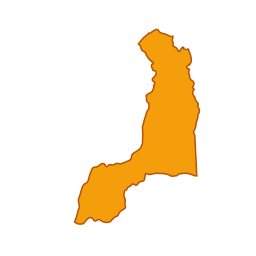 outline of Gadette, Dennery, Saint Lucia, rotated 155°
{"feature_id": "8701671B91623550198243", "entity_name": "Gadette", "entity_type": "district", "adm_level": 2, "iso_a3": "LCA", "parent_name": "Saint Lucia", "parent_adm1": "Dennery", "projection": "albers", "projection_center": [-60.911, 13.957], "detail": "fine", "context": "isolated", "style": "filled", "palette": "amber", "viewbox_px": 256, "rotation_deg": 155, "n_neighbors": 0, "source": "geoboundaries", "source_scale": "gbopen_adm2", "svg_char_len": 5542}
<svg xmlns="http://www.w3.org/2000/svg" viewBox="0 0 256 256"><g transform="rotate(155 128 128)"><path d="M44.4,159.9L43.6,160.6L42.7,161.3L42.0,162.8L41.3,164.4L40.9,166.2L40.6,167.3L40.3,168.9L40.3,170.0L40.4,171.4L40.4,172.5L39.9,173.0L39.8,173.6L40.0,174.0L40.5,174.3L41.3,174.2L41.5,174.2L41.8,174.3L44.0,176.1L44.1,176.4L44.1,176.6L43.6,177.2L43.5,177.4L43.6,177.7L43.8,177.9L44.0,178.0L44.6,178.1L44.8,178.1L45.5,177.7L46.2,177.4L46.4,177.3L46.7,177.1L47.1,176.8L47.5,176.5L47.9,176.2L48.2,176.0L48.4,176.0L48.9,175.8L49.2,175.8L49.6,176.1L49.6,176.3L49.6,176.6L49.9,178.1L50.0,178.5L50.2,179.3L50.2,179.9L50.4,180.4L51.2,181.5L51.7,182.3L51.9,182.5L52.0,182.7L52.2,183.1L52.3,183.4L52.3,183.9L52.2,184.1L51.8,184.7L51.6,184.9L51.5,185.2L51.4,185.5L51.1,186.1L51.0,186.3L50.9,186.6L51.0,186.8L51.1,187.3L51.1,187.6L51.0,187.9L50.7,189.0L50.1,189.8L49.9,190.1L49.4,190.5L49.0,191.3L48.8,191.6L48.6,192.2L48.9,192.2L49.4,192.4L49.6,192.5L49.9,192.5L50.1,192.6L50.4,192.8L50.6,192.9L51.0,193.3L52.0,194.3L52.2,194.7L52.4,195.1L52.7,195.5L53.1,195.9L53.9,196.7L54.3,197.1L54.7,197.4L55.5,198.2L56.7,199.2L57.2,199.7L57.9,200.4L58.1,200.6L58.3,200.8L58.5,201.0L58.7,201.4L58.9,202.1L59.1,203.1L59.3,204.1L59.5,204.5L59.9,205.0L60.1,205.2L60.5,205.3L61.0,205.4L61.6,205.4L62.3,205.4L62.7,205.3L64.7,205.2L65.5,205.2L66.2,204.7L66.4,204.6L67.0,204.5L67.4,204.5L67.7,204.5L68.1,204.7L68.4,204.9L69.0,205.3L69.2,205.2L69.5,205.0L70.0,204.7L70.4,204.6L70.8,204.5L71.3,204.4L72.7,204.1L74.3,203.7L75.9,203.2L76.7,202.9L77.9,202.3L79.3,201.6L80.8,200.9L81.4,200.6L83.1,199.7L82.8,199.3L82.7,198.6L82.2,197.5L82.1,197.2L82.1,196.7L82.1,196.4L82.3,195.9L82.5,195.0L82.5,194.3L82.6,193.7L82.6,193.0L82.4,192.2L81.7,191.0L80.9,190.1L80.7,189.8L80.5,189.5L80.5,189.2L80.5,187.9L80.5,187.1L80.5,186.6L80.5,185.8L80.4,184.9L80.3,184.1L80.2,183.5L80.0,182.6L79.7,181.0L79.4,180.2L78.7,179.4L78.5,179.2L78.4,179.0L78.4,178.9L78.6,178.4L78.6,178.1L78.2,177.8L77.9,177.6L77.7,177.4L77.6,177.1L77.5,176.7L77.6,176.4L77.7,176.1L77.9,175.8L78.1,175.7L79.0,175.6L79.5,175.5L79.9,175.2L80.1,175.0L80.8,173.7L81.0,173.3L80.7,171.8L80.7,171.4L81.0,170.6L81.0,169.6L80.8,169.3L80.6,169.1L79.8,168.8L79.0,168.0L78.9,167.1L79.3,165.4L80.0,164.9L80.6,164.4L81.1,164.1L82.1,163.5L83.5,162.9L84.9,162.5L85.3,161.9L85.8,161.0L85.4,159.7L85.2,159.3L84.8,158.6L84.5,157.6L84.9,156.9L85.2,156.6L85.9,156.1L86.8,155.7L87.0,155.6L87.2,154.5L87.2,154.3L88.2,153.0L90.3,151.1L92.6,150.4L93.2,150.4L96.4,150.4L97.4,149.8L98.1,149.5L98.2,148.3L98.7,147.1L99.1,146.2L99.6,145.1L99.6,143.5L99.1,142.4L98.8,141.4L99.0,140.7L99.6,139.2L100.0,138.3L100.4,137.7L101.0,137.0L101.3,136.6L102.1,136.1L103.6,135.0L104.0,134.8L105.6,133.1L110.8,127.2L111.9,125.8L114.4,123.0L115.5,120.4L116.9,116.9L117.4,115.9L121.2,108.2L125.1,104.4L128.4,103.6L131.3,103.1L133.2,103.0L135.9,102.0L138.1,99.0L138.8,98.3L141.3,98.1L145.2,98.2L149.6,98.5L151.1,99.3L152.2,100.3L153.9,100.8L155.8,100.8L157.3,100.9L157.9,101.1L159.8,102.5L160.7,102.7L163.0,101.9L164.1,102.3L164.3,102.9L164.4,103.7L164.3,104.5L164.9,105.8L165.9,106.6L168.0,106.8L169.5,106.4L170.4,106.2L172.0,105.9L176.3,106.9L176.5,106.8L177.9,106.1L180.9,103.2L182.6,101.7L183.8,100.1L184.5,99.3L186.3,97.3L187.3,96.3L189.4,95.7L191.8,95.6L194.0,94.2L195.2,92.9L195.9,92.1L197.5,90.4L198.9,88.7L199.1,88.3L201.2,86.2L201.8,85.6L203.4,83.9L203.8,82.7L204.1,81.7L204.3,80.9L204.6,79.2L205.9,76.2L206.5,75.8L207.6,74.7L208.2,74.2L208.4,74.0L210.5,71.4L211.3,70.2L211.7,69.7L212.5,69.0L213.3,68.3L215.2,66.3L215.9,65.6L216.2,65.4L215.4,64.4L215.0,63.6L213.6,62.0L211.6,61.0L209.4,60.2L207.9,60.5L206.6,61.2L205.0,61.9L203.2,62.7L201.2,63.1L200.1,62.8L198.6,61.6L198.0,60.3L198.1,58.7L197.5,58.1L197.1,57.6L196.3,57.4L193.9,57.7L192.1,56.6L191.9,55.9L190.7,54.0L189.6,53.0L188.6,52.2L187.1,51.4L186.4,51.0L183.6,50.6L181.7,51.6L180.9,51.8L179.8,52.0L179.1,52.7L174.3,52.8L172.9,54.0L170.8,55.3L169.9,55.7L168.5,55.9L167.2,56.1L166.6,56.1L164.5,56.6L163.8,57.2L163.6,57.4L163.2,59.4L162.8,60.4L162.2,61.8L161.7,62.5L160.8,63.9L160.4,68.6L159.9,69.2L159.1,70.5L158.2,71.7L157.5,72.5L156.0,72.7L155.2,72.7L154.2,73.6L153.6,74.2L152.8,74.4L152.1,74.3L151.4,74.3L150.9,74.3L150.4,74.4L149.1,74.9L147.8,75.4L147.0,75.0L146.4,74.7L146.2,74.6L145.7,73.4L144.6,72.6L142.8,73.1L140.6,74.2L138.9,74.0L136.3,73.5L135.7,73.8L134.9,74.4L134.4,74.8L133.9,76.0L132.6,77.3L132.1,78.1L132.0,78.3L131.6,79.1L130.3,78.5L129.9,78.3L128.8,77.2L128.6,77.0L127.7,76.5L127.1,76.4L126.7,76.3L125.8,76.3L124.4,75.8L122.0,75.2L116.9,72.6L114.0,71.1L112.6,69.8L111.2,68.8L109.7,66.8L108.9,65.8L104.2,64.2L101.2,64.8L97.6,63.7L96.5,63.3L93.4,61.9L91.5,60.2L89.6,58.6L88.0,56.7L86.2,55.7L85.9,55.6L85.4,56.9L81.7,65.8L79.9,70.2L78.1,74.7L70.7,92.8L70.6,93.3L70.5,95.5L70.4,96.2L70.0,97.2L68.9,97.9L67.7,98.9L66.6,100.0L65.9,100.8L64.8,102.7L63.5,104.4L62.6,105.4L61.5,106.5L60.8,107.3L59.1,110.3L57.8,111.3L56.6,112.4L56.1,113.2L55.7,114.6L55.6,115.5L55.6,116.8L55.6,117.1L55.5,117.9L55.2,119.1L54.4,119.5L54.2,120.2L54.0,120.9L54.1,121.5L54.6,122.6L54.8,123.5L54.9,125.2L54.5,127.6L54.4,128.1L54.8,129.0L54.8,129.7L54.9,130.4L54.8,131.3L54.6,132.4L54.3,132.8L53.5,133.9L53.4,134.2L52.8,134.4L51.7,135.0L51.9,135.8L52.5,137.2L50.4,139.1L49.6,140.0L49.1,140.9L49.2,142.6L50.7,145.3L50.9,147.1L50.7,147.8L50.1,149.6L50.0,150.3L49.5,152.8L49.4,153.3L49.3,153.5L49.1,153.8L47.9,154.4L47.7,155.4L47.7,155.7L48.1,156.3L49.0,156.9L49.1,157.4L49.2,158.6L48.5,158.9L47.8,159.2L45.8,159.2L45.8,159.4L45.7,159.3L44.4,159.9Z" fill="#f59e0b" stroke="#b45309" stroke-width="1.5"/></g></svg>